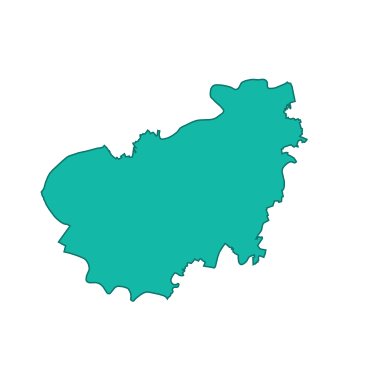 Dong Hung, Thái Bình, Vietnam (orthographic projection), rotated 149°
{"feature_id": "81297802B28789600266311", "entity_name": "Dong Hung", "entity_type": "district", "adm_level": 2, "iso_a3": "VNM", "parent_name": "Vietnam", "parent_adm1": "Thái Bình", "projection": "orthographic", "projection_center": [106.332, 20.548], "detail": "fine", "context": "isolated", "style": "filled", "palette": "teal", "viewbox_px": 384, "rotation_deg": 149, "n_neighbors": 0, "source": "geoboundaries", "source_scale": "gbopen_adm2", "svg_char_len": 6015}
<svg xmlns="http://www.w3.org/2000/svg" viewBox="0 0 384 384"><g transform="rotate(149 192 192)"><path d="M326.2,166.8L321.1,163.9L320.4,163.3L319.2,162.0L317.9,159.8L317.3,157.8L317.0,155.9L316.8,149.3L316.4,148.3L316.0,147.9L315.2,147.4L314.3,147.3L308.2,149.5L307.0,149.8L304.8,149.7L303.3,148.9L300.2,146.6L298.3,144.6L296.8,142.6L296.5,142.0L296.4,140.8L296.8,136.6L297.9,134.1L300.0,131.3L299.4,129.6L298.9,129.0L298.0,128.7L295.7,129.5L293.7,129.9L288.6,130.5L285.2,130.4L282.8,129.8L281.4,129.0L279.1,127.1L273.2,121.6L269.7,117.8L268.9,116.5L268.3,115.0L268.2,113.0L266.1,114.1L265.2,113.8L263.2,114.7L262.5,115.8L260.9,115.6L259.5,116.6L259.3,118.3L258.9,118.7L257.7,119.5L256.2,119.5L253.8,118.0L252.4,118.1L251.3,119.0L250.8,119.7L250.9,120.5L251.3,120.8L252.9,120.8L254.1,121.2L255.1,121.9L255.7,122.7L256.2,124.0L256.1,125.7L255.7,127.2L254.8,128.2L252.9,129.6L249.2,131.4L248.5,131.4L247.6,130.8L246.6,129.4L245.8,127.3L244.6,126.1L243.1,125.1L242.2,124.9L242.0,125.1L241.8,127.7L239.5,127.9L238.8,128.3L238.9,128.7L240.2,130.2L239.7,130.6L238.9,129.8L237.9,129.8L237.1,130.0L236.0,131.5L235.4,131.5L234.0,131.0L233.0,133.3L231.7,133.4L229.4,131.2L226.9,131.9L224.1,133.2L223.6,131.6L222.8,130.8L222.0,129.5L220.3,130.4L218.9,130.4L218.2,127.7L216.8,124.9L220.1,122.5L213.2,116.7L212.1,115.5L210.8,115.8L210.3,116.1L203.5,123.0L199.7,126.2L194.6,128.9L190.1,130.8L189.0,127.8L188.5,125.7L187.6,124.6L186.3,123.9L186.1,123.4L187.4,122.8L187.4,122.2L187.1,121.9L186.7,121.8L186.1,122.1L185.9,121.7L187.0,120.6L187.5,119.7L187.6,119.2L186.8,117.9L186.9,117.3L184.8,113.9L186.1,112.1L187.9,108.2L188.1,106.1L187.8,105.2L187.4,104.6L186.2,104.0L184.3,103.9L182.2,104.2L180.5,104.7L177.9,106.3L176.7,106.8L175.8,106.9L172.7,106.5L171.0,105.9L171.9,104.1L173.5,104.5L177.0,98.2L175.5,98.1L174.7,97.8L174.3,98.3L173.3,98.0L172.8,98.6L171.6,98.1L170.7,99.2L170.2,99.1L168.4,102.2L167.3,102.7L167.0,102.6L164.1,99.1L160.8,101.7L158.6,104.3L162.6,107.7L163.1,109.0L163.3,112.3L155.6,115.9L155.1,117.1L155.3,117.5L156.4,117.8L157.3,118.5L158.4,119.7L158.7,119.7L160.5,118.3L161.4,118.8L158.1,120.9L154.9,122.1L152.2,123.4L148.7,127.2L147.5,128.1L146.2,128.5L145.2,128.5L140.9,128.2L140.1,132.8L138.7,132.8L138.0,135.9L137.8,138.3L136.7,138.6L136.2,139.8L129.8,138.5L126.0,141.8L122.4,139.9L123.0,138.8L122.8,138.4L120.2,137.8L117.7,141.4L117.5,141.5L116.2,141.1L114.1,147.0L112.8,147.0L111.8,147.5L109.7,149.8L107.5,153.5L104.4,162.9L103.5,164.3L102.2,165.5L100.1,166.5L98.7,166.9L96.3,167.4L93.6,167.5L92.1,167.2L91.4,166.9L88.9,164.0L87.1,164.1L86.9,165.3L87.2,168.9L89.2,172.5L90.6,174.5L90.6,175.5L89.7,176.2L90.2,176.9L91.5,177.6L94.1,178.3L95.1,178.4L93.3,182.7L91.9,182.1L90.6,183.1L89.8,183.1L85.8,182.2L84.6,182.1L84.0,181.6L83.0,181.5L82.5,181.1L82.1,179.2L81.6,178.2L81.3,178.0L79.7,178.0L78.9,177.3L78.0,176.1L77.5,176.7L77.6,177.3L78.0,178.1L75.1,180.9L74.6,181.0L72.3,180.8L72.0,180.6L71.6,180.1L71.3,179.3L72.0,177.7L70.7,177.4L70.0,176.7L68.9,176.8L67.1,177.4L66.4,177.9L69.7,182.5L70.6,183.5L71.0,184.3L68.0,184.8L67.4,185.1L67.0,186.8L65.9,187.6L65.9,188.5L64.9,189.3L65.4,190.5L65.9,190.9L65.2,191.9L64.3,195.9L62.5,195.9L62.2,198.2L63.6,199.0L63.4,200.0L66.6,200.7L66.5,201.9L67.3,203.0L67.9,203.3L69.2,203.3L69.7,203.7L71.2,205.1L71.2,206.5L72.5,206.4L73.0,206.5L73.2,206.8L73.3,207.2L72.6,208.2L71.7,209.0L71.9,209.7L71.2,210.3L71.3,210.8L72.1,212.2L72.2,212.8L72.1,213.4L71.7,213.9L70.1,213.8L69.5,214.0L69.4,214.3L69.9,215.2L69.8,215.5L69.6,215.6L68.3,215.1L68.0,214.8L67.9,214.2L67.5,214.2L67.0,215.2L67.3,216.4L66.4,216.9L65.9,217.7L64.5,217.7L63.9,217.5L64.4,216.8L64.4,216.2L65.2,216.2L65.3,215.9L65.1,215.2L65.5,214.3L65.4,214.1L64.8,213.7L64.6,212.9L64.0,213.2L63.7,214.3L63.2,215.0L63.2,215.7L63.0,216.3L61.9,218.0L57.0,216.6L51.9,231.1L51.7,233.7L51.5,234.3L53.1,235.3L53.8,237.1L56.1,236.8L57.3,236.9L66.3,238.2L68.6,238.9L72.3,240.8L73.1,241.7L73.2,242.4L72.9,244.1L71.9,245.4L71.1,247.1L71.0,248.7L71.6,250.5L72.6,251.6L74.5,252.7L77.5,254.0L81.2,256.7L83.3,257.9L87.9,259.5L90.7,260.1L92.6,260.2L93.3,260.1L94.5,259.5L97.0,257.9L98.9,257.0L100.3,256.9L102.0,257.4L102.9,258.4L104.4,261.2L106.5,263.7L110.1,267.1L112.2,268.8L116.0,271.3L118.0,272.1L120.0,272.0L122.5,270.8L124.0,269.2L125.9,266.5L126.5,265.3L126.9,263.9L126.9,262.9L126.3,261.1L125.7,258.0L123.4,250.7L122.7,246.4L123.0,245.4L123.4,244.8L123.9,244.3L125.6,243.8L133.2,243.1L136.5,243.6L139.6,244.9L148.0,249.5L150.0,250.4L151.7,251.0L155.9,251.8L165.8,252.8L168.3,252.9L169.7,252.7L173.0,251.3L174.7,250.9L179.5,250.4L184.6,250.7L189.1,252.0L190.8,253.0L191.4,253.7L191.6,254.8L191.1,257.0L190.4,258.4L188.2,261.0L189.6,262.3L192.7,258.5L194.0,258.5L194.1,261.2L194.7,263.2L197.6,263.6L197.4,265.7L198.1,267.8L200.3,266.8L202.2,266.2L203.3,266.3L204.1,267.2L204.9,266.9L205.7,266.9L206.8,267.7L207.3,266.8L207.7,266.8L207.9,265.7L208.1,265.3L209.5,264.3L210.7,264.3L211.1,263.8L212.0,263.5L213.4,263.5L214.3,264.2L214.9,263.5L216.3,263.7L217.5,264.2L217.7,262.9L217.2,259.1L218.4,260.2L218.9,260.2L219.5,259.8L219.5,255.2L220.2,255.0L220.2,255.3L220.3,258.4L220.8,258.0L222.8,255.3L225.3,252.7L227.7,253.9L227.3,255.1L230.6,256.2L230.2,259.6L234.7,259.2L234.7,257.8L238.0,257.9L238.6,260.3L240.1,259.8L241.2,262.2L242.0,265.2L242.1,268.9L241.7,269.0L241.7,269.8L242.2,269.8L242.2,270.1L242.3,273.9L243.2,277.0L244.7,276.5L246.6,276.5L250.8,278.3L261.0,281.2L268.8,283.9L278.2,286.0L279.8,286.2L281.4,286.2L288.0,285.1L300.3,282.5L304.4,281.2L307.7,279.3L312.8,275.4L316.8,271.6L318.5,270.6L321.2,269.6L321.6,267.8L322.2,266.4L322.2,263.7L322.9,261.5L322.8,260.5L323.4,256.5L323.3,250.1L322.4,241.4L321.7,238.8L320.2,234.3L319.2,232.4L318.2,230.8L317.2,229.7L315.7,228.7L314.1,226.0L314.7,225.4L332.2,217.9L330.8,215.7L330.2,214.2L328.0,211.0L332.5,206.6L328.5,202.8L324.8,198.6L321.8,194.9L318.6,190.4L317.9,187.9L317.8,185.5L317.9,183.6L319.0,180.3L319.6,179.0L320.6,178.0L325.7,174.3L327.7,171.7L328.2,170.8L328.1,169.2L327.4,167.9L326.2,166.8Z" fill="#14b8a6" stroke="#0f766e" stroke-width="1.5"/></g></svg>